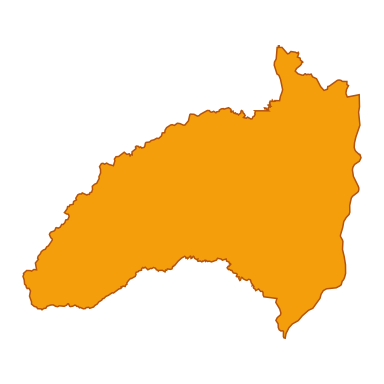 Morales, Bolívar, Colombia
{"feature_id": "7082276B13474155488733", "entity_name": "Morales", "entity_type": "district", "adm_level": 2, "iso_a3": "COL", "parent_name": "Colombia", "parent_adm1": "Bolívar", "projection": "robinson", "projection_center": [-74.012, 8.269], "detail": "fine", "context": "isolated", "style": "filled", "palette": "amber", "viewbox_px": 384, "rotation_deg": 0, "n_neighbors": 0, "source": "geoboundaries", "source_scale": "gbopen_adm2", "svg_char_len": 5959}
<svg xmlns="http://www.w3.org/2000/svg" viewBox="0 0 384 384"><path d="M23.5,273.4L23.8,274.2L23.0,276.4L24.2,280.0L24.6,284.1L26.0,285.5L26.2,287.0L27.2,288.6L28.9,288.3L30.5,290.9L29.5,296.1L31.5,301.8L31.5,304.1L34.2,306.4L36.6,307.1L37.6,308.7L41.1,308.9L42.0,309.8L43.7,308.5L45.9,308.2L47.0,306.3L50.8,305.0L53.3,304.9L55.6,306.3L57.7,306.7L59.3,305.8L64.2,306.3L66.7,305.1L67.7,303.8L68.5,303.8L69.6,306.2L70.3,306.6L72.7,306.2L74.9,305.1L76.0,305.5L76.6,306.3L78.4,306.5L79.4,307.8L80.5,307.5L83.3,308.8L85.3,308.6L86.2,307.6L88.7,307.3L89.7,308.3L93.6,307.0L94.8,305.5L97.3,304.0L98.7,302.0L101.8,300.1L102.5,298.7L103.8,298.5L105.9,296.4L108.3,295.4L112.1,292.8L113.5,293.0L118.8,289.0L121.0,288.4L121.1,286.9L121.9,287.2L122.1,286.5L123.3,286.1L125.2,286.5L125.7,285.1L127.0,284.2L126.8,282.9L128.7,280.3L130.5,278.5L131.3,278.6L135.2,276.4L136.0,274.6L135.7,273.5L136.2,272.3L138.2,271.7L138.9,270.8L141.5,270.2L141.7,268.6L142.9,267.5L143.8,268.1L145.2,267.2L147.9,269.8L150.4,268.4L151.6,268.6L153.5,267.5L155.6,268.3L156.3,269.8L158.0,270.3L158.3,271.1L159.2,270.4L162.3,270.3L165.0,271.9L165.7,270.0L166.7,270.3L167.4,268.9L170.3,269.4L172.0,268.9L172.7,266.5L173.7,266.4L174.2,265.3L174.9,265.2L178.0,261.3L181.5,258.1L184.7,256.3L185.7,257.0L186.0,258.2L187.1,257.7L187.6,258.7L190.3,256.1L190.8,256.4L191.0,258.5L191.7,258.3L193.3,256.3L193.9,256.7L194.7,258.4L196.8,259.6L197.8,259.1L197.5,260.6L198.0,261.3L200.3,261.0L201.9,261.9L202.6,261.1L203.8,261.1L204.9,260.2L205.5,260.3L205.7,261.3L206.5,260.6L207.6,261.5L209.2,261.1L211.5,261.9L216.5,260.1L217.5,258.3L221.0,259.0L222.4,260.2L226.1,259.0L226.6,261.1L228.9,262.0L229.4,263.4L230.3,263.5L230.8,264.1L230.4,264.9L229.3,265.1L229.0,266.4L228.1,266.4L227.1,267.8L228.5,269.6L229.4,269.4L230.6,270.3L231.8,270.4L233.3,272.9L236.7,273.6L237.2,274.7L236.3,276.2L236.9,276.8L239.1,276.9L238.8,278.5L239.8,280.5L240.4,280.2L241.4,277.4L242.4,277.6L243.2,278.8L245.8,280.1L246.9,280.4L248.6,279.3L250.4,279.8L251.3,282.9L252.3,284.3L252.2,285.7L253.0,285.2L253.9,286.7L253.4,287.4L253.6,288.1L255.1,289.1L255.7,290.6L258.6,289.0L260.6,291.4L262.4,291.4L263.0,292.4L263.1,295.0L263.9,296.8L276.9,298.5L275.8,302.4L279.7,308.9L280.9,313.0L280.5,314.9L277.3,317.6L275.9,320.4L278.1,323.8L278.3,327.6L279.2,329.8L281.0,331.0L282.8,330.8L283.4,331.4L283.4,336.6L283.9,337.8L285.2,338.2L286.0,333.6L289.0,327.6L292.4,323.9L298.3,320.6L302.3,315.8L308.5,310.3L312.8,308.3L320.0,298.3L321.1,294.2L323.3,290.6L326.5,288.8L336.2,287.8L340.0,285.8L341.2,284.8L342.2,281.2L343.5,279.8L344.6,277.3L345.6,273.4L345.5,264.8L344.2,256.7L342.5,249.5L342.9,241.5L342.5,240.1L340.5,236.5L340.4,235.3L342.7,227.5L343.8,221.5L346.2,217.5L349.1,214.4L349.8,212.2L349.7,205.3L351.3,198.1L352.5,196.3L357.4,192.5L358.3,191.5L358.8,189.9L358.8,187.9L358.2,186.2L353.4,176.4L352.4,169.9L352.9,167.3L354.5,164.5L359.4,161.2L361.0,157.8L360.0,154.6L359.7,154.3L359.3,154.6L355.9,151.4L355.0,150.1L354.2,147.4L354.5,142.9L355.9,136.9L359.9,125.2L358.6,112.2L359.5,106.8L359.2,94.7L347.3,97.0L346.0,93.8L346.0,92.4L346.6,89.3L348.5,85.6L346.9,84.6L346.9,81.5L342.3,81.4L341.0,80.4L339.1,80.0L337.4,80.3L329.2,86.2L327.8,86.5L327.4,89.2L324.0,90.4L320.6,86.6L316.5,78.7L312.5,76.8L311.2,74.1L309.3,74.6L308.0,74.2L306.8,74.7L306.1,74.6L305.6,73.8L304.8,73.9L303.4,75.2L301.9,75.1L298.0,73.8L295.2,71.1L296.5,68.5L300.5,65.3L301.5,63.8L301.7,62.5L302.7,62.3L302.6,61.7L300.5,60.3L300.1,58.1L297.4,57.0L298.5,54.3L298.7,53.3L298.2,52.3L297.1,53.1L295.4,52.2L290.9,51.5L288.9,53.5L287.5,53.8L282.0,47.4L279.0,47.4L279.2,45.8L278.4,45.8L278.3,47.5L277.1,47.5L276.2,58.9L274.5,62.0L274.2,65.2L277.0,74.0L278.9,75.3L280.5,79.3L282.6,89.5L282.3,91.2L280.4,96.5L279.6,100.7L275.0,100.6L275.2,101.2L274.0,101.4L273.1,101.3L272.3,100.2L272.0,101.4L270.2,101.1L269.6,102.6L270.1,103.0L269.6,103.7L270.1,104.5L268.1,105.1L268.7,105.8L270.1,105.4L270.7,106.1L269.7,106.0L270.0,107.1L269.2,107.0L268.2,107.9L268.4,109.1L267.1,109.3L266.1,108.1L264.5,107.9L264.9,109.0L266.1,108.9L268.6,110.8L255.0,110.8L255.5,111.2L254.8,113.3L255.1,114.3L254.2,116.2L253.1,116.6L252.1,118.8L250.9,119.0L247.5,117.1L246.3,118.2L243.5,117.5L245.2,115.6L244.0,113.5L243.3,113.1L242.6,111.2L241.6,110.5L241.0,111.1L240.8,112.9L238.5,114.9L237.6,113.9L236.1,113.9L235.5,112.9L234.3,113.4L233.3,112.3L233.0,111.1L231.2,112.1L230.7,111.1L231.2,110.3L230.8,109.2L228.6,107.7L224.0,109.1L223.3,108.6L221.2,108.9L219.3,110.2L219.1,111.4L216.5,111.9L215.9,112.8L213.7,111.3L211.6,112.2L210.4,111.9L209.4,110.6L207.3,110.5L200.4,114.3L199.0,115.7L197.4,116.1L194.0,114.3L190.4,114.1L189.9,114.5L188.4,120.9L184.8,125.1L183.3,125.1L180.0,123.6L177.9,123.3L177.2,123.3L174.4,125.4L172.2,124.7L170.6,125.0L166.6,127.6L165.1,130.1L164.7,132.7L162.2,132.9L161.5,135.9L158.7,138.5L156.8,138.2L154.0,139.8L151.2,140.5L149.6,142.0L146.1,142.4L145.4,143.1L144.8,146.3L144.1,147.4L141.7,148.0L140.7,146.9L139.4,147.5L138.5,146.4L136.7,146.0L135.8,146.4L135.4,147.0L135.9,147.6L135.9,148.7L132.0,151.9L132.2,154.8L131.3,154.4L130.1,155.9L129.2,153.8L126.8,154.4L124.2,152.2L118.6,156.5L116.0,156.7L114.4,159.1L114.9,160.8L113.4,165.7L109.0,164.5L106.7,163.1L104.5,164.2L103.0,163.3L101.4,163.6L99.5,166.7L100.5,169.2L100.6,173.0L98.9,176.8L99.2,178.4L96.7,183.3L94.5,184.3L92.3,186.3L92.5,189.5L91.6,192.2L90.0,192.6L89.4,194.4L88.3,194.3L86.8,195.0L82.2,192.9L81.6,193.9L79.4,194.0L77.8,194.8L75.8,198.2L76.5,199.8L73.6,201.5L73.1,204.3L69.8,205.0L69.3,206.5L67.6,206.6L67.1,208.9L64.4,212.6L66.4,213.9L68.3,214.3L68.8,215.1L69.1,216.7L67.8,219.5L65.7,220.0L64.9,222.6L63.1,224.5L61.7,224.4L60.3,227.1L58.1,228.2L56.7,227.6L55.9,227.8L54.9,230.2L53.8,231.1L51.0,232.0L49.9,233.2L49.4,234.4L49.7,235.3L50.8,237.7L52.2,239.1L52.3,240.0L48.3,246.0L46.7,246.8L45.4,249.2L43.3,250.0L41.3,251.6L40.4,253.7L38.1,256.3L37.6,258.2L38.4,259.3L35.4,263.0L36.6,269.8L33.9,269.5L31.6,271.1L30.3,270.6L26.7,270.5L23.5,273.4Z" fill="#f59e0b" stroke="#b45309" stroke-width="1.5"/></svg>